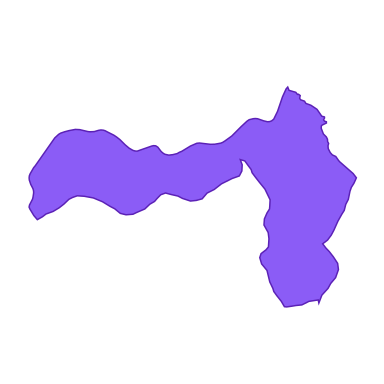 Tanchon City, Hamgyŏng-namdo, North Korea (Mercator projection), rotated 273°
{"feature_id": "82179303B77244062124892", "entity_name": "Tanchon City", "entity_type": "district", "adm_level": 2, "iso_a3": "PRK", "parent_name": "North Korea", "parent_adm1": "Hamgyŏng-namdo", "projection": "mercator", "projection_center": [128.863, 40.784], "detail": "fine", "context": "isolated", "style": "filled", "palette": "violet", "viewbox_px": 384, "rotation_deg": 273, "n_neighbors": 0, "source": "geoboundaries", "source_scale": "gbopen_adm2", "svg_char_len": 2662}
<svg xmlns="http://www.w3.org/2000/svg" viewBox="0 0 384 384"><g transform="rotate(273 192 192)"><path d="M105.5,274.8L100.0,277.8L96.9,278.9L92.7,282.3L87.5,286.9L82.3,290.3L82.2,292.6L83.1,297.2L84.1,301.8L85.0,307.6L88.9,314.5L90.8,323.7L87.8,324.5L95.8,327.1L102.9,332.9L107.9,335.3L114.0,339.9L122.2,342.3L128.3,341.2L134.6,336.6L139.8,332.1L143.0,328.7L147.1,325.2L151.1,329.9L156.2,333.3L161.3,335.7L170.4,339.2L177.5,342.7L181.6,345.0L187.7,346.2L192.8,348.5L200.9,349.7L205.0,350.9L209.1,353.2L212.1,354.4L214.8,355.4L218.9,351.9L230.0,337.8L231.4,336.5L235.0,333.7L236.4,330.2L238.6,328.0L242.4,325.8L245.3,325.4L247.6,325.9L249.4,324.8L251.8,324.5L254.0,323.3L256.8,320.2L262.4,317.7L264.7,317.7L265.6,318.4L267.9,322.6L269.2,322.5L269.7,320.6L271.0,319.6L272.9,320.5L273.9,320.3L274.5,317.6L281.1,312.5L284.8,306.3L285.4,304.5L286.4,301.1L288.6,299.6L289.8,295.6L291.2,294.6L294.0,295.0L295.2,293.2L295.0,292.2L297.0,290.4L298.3,284.8L298.6,283.6L301.8,282.1L299.9,280.6L291.8,277.4L277.0,273.2L269.0,269.8L267.2,267.8L266.4,265.9L266.1,263.8L266.8,259.9L268.6,253.7L268.7,251.4L268.4,249.3L267.2,245.3L265.5,243.1L259.8,237.6L250.0,228.8L244.7,222.2L243.2,220.1L242.3,218.2L240.9,212.1L240.6,207.7L241.3,196.9L240.9,194.2L237.8,188.0L232.0,179.5L231.0,177.3L229.6,175.2L228.3,170.9L227.6,166.9L228.3,162.8L229.4,160.9L230.8,159.1L235.0,155.5L236.2,153.4L236.3,151.3L235.8,149.4L229.9,135.0L230.0,132.9L230.5,130.8L232.5,126.9L235.6,122.8L240.6,117.2L242.7,114.2L243.4,113.1L244.7,110.9L247.4,104.7L248.7,101.9L249.1,100.1L249.2,97.8L248.7,95.5L247.2,91.2L246.8,87.0L246.9,84.9L248.4,76.6L248.4,72.2L246.9,66.1L245.5,61.7L243.9,57.7L242.6,55.8L238.8,52.1L210.0,34.1L208.0,32.6L201.7,29.4L199.6,28.7L197.5,28.6L195.4,28.9L191.1,30.6L188.9,31.9L187.0,33.0L184.9,33.7L182.8,33.9L178.5,33.5L176.5,33.1L170.5,30.4L168.4,30.1L166.5,31.0L164.9,32.1L160.2,35.3L156.3,39.0L159.4,43.9L162.4,47.4L165.3,54.3L169.3,60.2L173.3,64.8L178.3,69.5L180.3,73.0L182.2,77.6L182.1,84.6L180.9,93.8L177.6,103.1L173.3,111.1L171.2,115.7L166.9,121.5L165.8,127.3L166.7,134.2L168.6,137.7L172.6,145.8L177.6,150.5L180.6,155.1L183.6,157.4L187.6,160.9L189.6,165.6L188.4,171.3L187.2,178.2L185.1,182.8L182.9,190.9L183.8,196.7L185.7,202.5L191.7,207.1L195.7,214.1L201.7,221.0L207.6,231.4L210.5,238.4L215.6,240.7L218.7,240.7L221.8,240.7L226.9,238.5L225.8,243.1L221.6,246.5L217.5,249.9L214.4,251.0L210.2,254.5L205.0,259.0L198.7,264.7L188.3,270.4L182.2,270.4L179.1,270.3L175.0,268.0L168.9,265.7L162.8,265.6L155.5,270.2L149.3,271.3L141.1,271.2L138.1,268.9L134.1,264.2L130.0,263.1L123.8,265.3L117.6,271.0L106.2,274.4L105.5,274.8Z" fill="#8b5cf6" stroke="#5b21b6" stroke-width="1.5"/></g></svg>